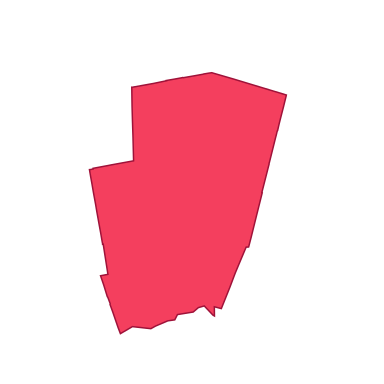 Unirea, Braila, Romania (Albers equal-area conic projection), rotated 243°
{"feature_id": "2599482B9026576063852", "entity_name": "Unirea", "entity_type": "district", "adm_level": 2, "iso_a3": "ROU", "parent_name": "Romania", "parent_adm1": "Braila", "projection": "albers", "projection_center": [27.767, 45.095], "detail": "fine", "context": "isolated", "style": "filled", "palette": "rose", "viewbox_px": 384, "rotation_deg": 243, "n_neighbors": 0, "source": "geoboundaries", "source_scale": "gbopen_adm2", "svg_char_len": 1332}
<svg xmlns="http://www.w3.org/2000/svg" viewBox="0 0 384 384"><g transform="rotate(243 192 192)"><path d="M289.3,263.8L289.4,263.5L290.4,260.6L291.9,255.8L291.9,255.4L294.4,247.1L297.8,236.1L298.2,235.8L298.3,235.2L300.6,227.5L303.0,219.8L302.7,219.8L306.2,207.0L312.5,186.2L312.7,185.9L295.8,177.6L283.8,171.9L275.3,167.9L269.3,165.1L246.3,154.1L252.9,132.1L253.7,129.2L255.1,124.5L258.0,114.6L257.4,114.4L258.0,112.1L258.5,110.8L251.8,108.7L244.5,106.5L236.5,104.0L224.1,100.3L217.8,98.3L201.9,93.5L197.5,92.2L188.8,89.5L186.4,88.8L186.0,88.6L185.8,89.2L156.8,79.7L158.9,72.5L149.1,71.1L137.1,69.0L136.6,69.2L129.5,68.4L129.0,67.9L120.9,66.9L104.8,64.6L98.3,63.9L99.1,77.8L88.9,93.3L89.1,98.7L88.2,111.9L85.9,118.6L89.4,123.4L84.5,138.6L86.1,145.2L84.9,151.2L73.0,154.7L72.9,154.8L72.7,154.9L72.4,154.9L71.3,155.7L79.6,159.8L74.8,165.2L90.2,182.8L97.4,190.7L100.3,193.9L105.4,199.9L118.3,215.2L117.7,216.5L117.3,217.5L122.6,222.2L123.5,223.0L124.5,223.9L142.4,239.4L159.4,254.2L159.7,253.9L176.1,268.3L179.2,271.0L181.9,273.4L182.2,273.5L182.8,273.9L183.0,274.2L189.9,280.2L202.9,291.5L204.1,292.6L205.5,293.8L206.6,294.7L207.7,295.7L207.8,296.1L213.4,300.8L218.9,305.6L226.6,312.4L234.7,319.4L235.6,320.1L247.5,307.7L266.3,288.1L273.9,280.2L289.1,264.0L289.3,263.8Z" fill="#f43f5e" stroke="#9f1239" stroke-width="1.5"/></g></svg>